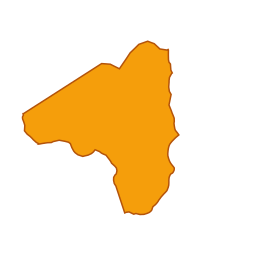 Morne Vient, Vieux Fort, Saint Lucia (Albers equal-area conic projection), rotated 50°
{"feature_id": "8701671B46237577852216", "entity_name": "Morne Vient", "entity_type": "district", "adm_level": 2, "iso_a3": "LCA", "parent_name": "Saint Lucia", "parent_adm1": "Vieux Fort", "projection": "albers", "projection_center": [-60.951, 13.807], "detail": "fine", "context": "isolated", "style": "filled", "palette": "amber", "viewbox_px": 256, "rotation_deg": 50, "n_neighbors": 0, "source": "geoboundaries", "source_scale": "gbopen_adm2", "svg_char_len": 2190}
<svg xmlns="http://www.w3.org/2000/svg" viewBox="0 0 256 256"><g transform="rotate(50 128 128)"><path d="M83.1,206.5L83.5,205.9L84.6,203.9L87.4,199.3L89.9,196.0L90.3,194.1L93.1,188.6L97.6,184.9L100.7,182.7L102.9,182.2L106.9,183.6L110.7,184.4L112.9,184.4L116.3,183.6L120.7,180.9L121.6,179.0L123.1,176.1L124.1,172.4L124.1,169.8L123.5,167.2L127.7,165.0L130.1,164.5L132.0,163.7L134.7,162.3L141.1,162.6L142.8,162.8L144.3,163.2L148.8,162.6L151.1,162.6L153.6,163.9L155.6,166.5L155.6,168.0L156.6,170.7L158.7,172.6L161.7,174.2L164.7,174.6L191.0,185.1L191.5,183.4L193.0,181.1L197.7,179.0L198.6,176.9L202.0,174.4L204.4,171.3L205.7,168.2L206.4,165.9L206.4,163.7L206.0,162.2L205.3,161.3L204.3,159.5L204.3,155.9L203.9,153.5L203.4,151.7L203.2,151.3L202.9,150.2L202.6,148.8L202.2,147.3L202.0,146.0L201.8,144.8L201.7,143.9L201.5,142.7L201.4,141.9L201.4,140.9L201.2,139.9L201.0,138.5L200.6,137.7L200.3,137.1L199.9,136.5L199.4,135.5L198.9,134.8L198.2,133.8L197.3,132.9L196.1,131.8L195.4,131.2L194.5,130.5L193.2,129.2L192.4,128.4L191.8,127.4L191.1,126.1L190.8,124.9L190.8,124.1L191.1,122.9L190.9,121.9L190.4,120.7L190.1,120.1L189.8,119.6L189.6,119.4L189.2,119.0L189.0,118.8L188.5,118.4L188.1,118.2L186.7,118.1L185.3,118.1L182.8,118.0L181.0,117.7L179.8,117.4L178.5,116.9L177.4,116.5L176.2,115.9L175.0,115.4L173.2,114.0L171.0,111.8L169.6,110.2L168.7,109.0L168.0,107.9L167.3,106.5L166.9,105.0L166.5,102.9L166.3,100.9L166.1,98.9L166.0,97.2L166.0,94.1L166.0,93.5L163.6,93.3L160.2,93.2L158.6,92.6L155.7,90.9L153.9,89.7L152.7,88.3L150.1,86.3L147.5,85.4L144.6,84.5L142.8,83.8L139.1,82.6L136.7,81.8L130.0,73.4L128.3,73.1L126.6,72.8L122.8,70.5L119.3,67.1L118.0,66.0L115.9,63.7L114.8,60.9L114.3,59.6L114.3,58.7L111.3,58.0L109.3,56.6L106.3,54.4L103.9,54.3L101.7,53.1L98.2,50.3L94.2,46.9L93.6,46.8L93.5,47.9L87.9,52.8L87.7,52.8L80.3,53.7L76.1,56.1L74.2,57.1L70.9,65.9L71.5,73.5L71.8,78.0L72.7,81.0L73.7,84.3L77.1,96.5L71.2,99.1L67.7,100.6L61.7,106.8L49.8,199.0L49.6,199.2L49.9,199.4L50.6,199.7L50.9,199.9L51.7,201.7L51.9,201.9L53.3,202.9L57.0,204.2L59.7,205.4L63.6,209.1L67.8,209.2L69.3,208.9L71.5,208.4L74.6,208.1L75.9,208.1L80.2,207.5L83.1,206.3L83.1,206.5Z" fill="#f59e0b" stroke="#b45309" stroke-width="1.5"/></g></svg>